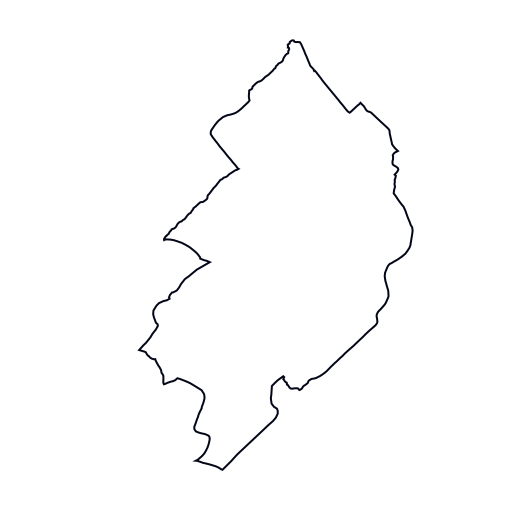 outline of Banteay Meas, Kâmpôt, Cambodia, rotated 227°
{"feature_id": "14789045B96186957930453", "entity_name": "Banteay Meas", "entity_type": "district", "adm_level": 2, "iso_a3": "KHM", "parent_name": "Cambodia", "parent_adm1": "Kâmpôt", "projection": "robinson", "projection_center": [104.619, 10.653], "detail": "fine", "context": "isolated", "style": "outline", "palette": "ink", "viewbox_px": 512, "rotation_deg": 227, "n_neighbors": 0, "source": "geoboundaries", "source_scale": "gbopen_adm2", "svg_char_len": 6122}
<svg xmlns="http://www.w3.org/2000/svg" viewBox="0 0 512 512"><g transform="rotate(227 256 256)"><path d="M147.3,72.4L146.3,73.3L143.8,74.7L141.0,76.1L138.5,77.8L135.1,80.0L131.5,82.1L129.1,83.4L127.4,84.1L125.4,84.7L123.8,85.1L122.5,85.7L122.9,97.9L123.6,105.9L123.7,111.8L123.8,139.2L123.9,149.8L123.7,155.7L124.2,160.2L125.9,164.4L127.8,166.2L130.0,167.2L133.5,166.3L137.4,166.7L141.8,169.8L144.1,172.6L150.1,179.0L150.3,184.1L150.3,187.3L149.5,193.9L148.2,194.0L147.8,192.9L147.2,191.9L146.3,192.0L145.2,191.7L144.2,191.6L143.2,191.7L142.4,192.1L141.8,191.7L140.8,190.9L139.8,191.3L137.0,190.8L135.7,190.9L134.6,191.6L133.8,192.6L132.7,194.3L131.9,195.1L131.3,195.8L130.6,196.3L129.7,196.4L128.4,196.3L128.0,197.2L127.9,198.2L127.7,199.2L128.1,200.2L128.4,201.7L128.4,202.7L128.1,203.9L127.8,207.1L128.7,209.0L128.8,210.1L128.2,212.8L126.4,215.5L125.8,216.8L124.6,220.7L124.0,224.1L123.6,228.2L123.6,229.7L123.9,235.6L124.0,240.7L123.9,242.6L124.0,247.6L123.9,250.9L124.1,254.9L124.0,260.9L123.8,265.5L123.9,274.0L123.9,278.7L124.1,283.3L124.1,288.1L123.8,296.3L124.4,298.9L125.2,300.0L127.3,301.6L129.7,303.1L130.9,304.5L131.9,307.1L132.1,310.2L132.2,312.4L132.7,317.0L133.2,318.9L134.9,323.0L136.1,325.4L138.3,327.3L140.7,329.2L143.8,330.7L145.9,331.8L149.8,333.8L153.5,336.4L155.6,338.8L156.8,341.3L158.2,344.3L158.8,346.2L159.0,348.4L158.4,350.1L157.8,353.1L156.8,357.2L156.1,362.1L155.8,366.8L156.6,370.9L157.4,373.9L158.4,376.0L160.8,379.1L165.2,384.8L167.6,387.7L170.3,389.7L173.1,390.3L176.6,391.8L179.7,392.9L183.3,394.4L187.1,396.1L191.7,397.6L193.8,397.6L199.4,398.2L204.7,399.1L207.9,399.4L209.9,401.8L212.0,405.1L213.1,405.6L214.4,406.6L215.6,408.2L217.0,409.2L217.5,410.3L218.4,411.7L219.3,413.0L221.0,412.9L221.1,415.3L221.4,417.1L222.1,419.0L223.3,419.7L225.5,419.5L228.7,418.5L230.2,418.7L230.9,419.2L232.2,420.5L233.2,422.0L234.2,423.1L235.3,424.1L236.5,424.8L237.0,426.9L236.9,428.3L236.2,430.6L236.0,431.4L238.1,431.2L240.5,431.2L243.1,431.4L245.1,431.8L246.7,432.9L247.9,433.5L254.6,437.5L256.2,438.8L257.3,439.4L259.2,439.6L268.0,438.9L277.5,438.3L282.3,438.0L283.7,437.5L284.8,436.8L286.1,436.2L287.9,436.2L288.9,436.4L292.3,437.1L293.6,436.9L295.8,436.9L296.8,436.9L296.6,435.0L296.8,432.6L296.8,430.2L296.8,427.7L296.8,425.6L296.8,423.6L296.9,422.3L299.0,421.7L301.6,421.8L307.7,422.3L310.9,422.4L314.0,422.7L335.5,424.0L339.2,424.3L341.9,424.7L344.6,424.9L346.6,425.1L349.5,425.4L351.4,425.4L351.6,424.7L353.7,425.5L355.6,425.4L357.6,425.4L358.7,425.6L360.2,426.3L362.3,427.0L367.2,428.9L370.5,430.0L373.2,431.1L380.1,433.5L382.5,433.9L383.1,433.2L384.0,432.6L384.8,431.5L385.5,430.8L386.7,430.2L387.7,430.6L388.6,430.1L389.1,429.3L389.3,428.2L389.5,426.7L389.0,426.2L388.5,425.3L388.9,424.3L388.8,423.2L387.6,422.5L386.8,421.5L386.3,422.0L385.4,421.9L384.4,421.0L384.1,419.9L383.5,419.0L382.7,418.3L382.3,417.7L382.8,416.2L382.8,414.8L382.6,413.7L382.2,412.1L381.9,411.2L381.3,410.0L380.5,408.4L380.5,406.9L380.9,405.2L381.3,404.1L381.4,403.3L381.1,402.3L381.2,400.2L380.2,398.2L380.5,397.1L380.3,395.7L380.1,394.6L380.1,391.6L380.0,389.6L380.1,388.4L380.7,384.5L380.5,382.1L380.6,379.8L380.9,378.4L381.8,376.6L382.1,375.4L382.2,374.6L382.3,372.7L382.2,371.7L382.2,369.0L381.6,368.3L381.1,367.3L381.0,366.4L381.6,364.8L381.7,363.9L380.1,362.3L379.0,361.0L378.2,360.2L376.9,359.0L375.6,358.2L374.2,357.4L374.0,356.4L373.8,354.9L373.8,351.0L373.8,348.5L373.7,346.5L373.9,343.0L374.2,340.4L374.6,338.7L375.1,337.4L375.7,336.0L376.7,334.0L377.6,332.5L378.4,331.2L379.1,329.6L379.5,328.3L380.0,327.0L380.2,325.9L380.3,323.6L380.5,321.9L380.4,319.2L380.1,317.1L379.8,315.1L379.1,312.0L378.9,311.1L378.5,309.3L378.0,308.1L376.5,306.4L375.9,306.0L375.1,305.8L372.3,305.3L367.0,304.8L365.1,304.7L360.9,304.2L354.4,303.9L348.4,303.4L345.8,303.3L343.0,303.2L339.8,302.9L337.2,302.9L335.5,302.8L332.7,302.4L331.6,302.7L331.8,301.7L332.1,300.7L332.8,299.3L333.2,297.1L334.0,292.5L334.1,291.3L333.9,289.7L334.1,288.5L334.7,287.0L335.3,285.8L335.4,284.8L335.2,283.7L335.8,282.4L335.9,281.4L335.5,279.5L335.3,277.6L334.8,275.1L334.7,273.9L334.6,271.1L334.1,268.8L333.9,267.2L333.6,265.8L333.3,263.6L333.3,262.5L332.8,261.4L331.4,259.7L331.1,258.7L331.3,256.8L331.6,254.5L332.2,253.3L332.9,252.6L333.3,251.7L333.4,249.0L333.3,248.1L333.4,247.0L333.3,246.0L333.6,242.8L333.1,241.9L332.9,241.1L332.8,240.1L332.1,237.5L332.5,236.2L332.6,234.9L332.3,232.5L332.0,231.1L331.7,229.6L331.7,228.5L332.1,227.3L332.1,226.3L332.1,225.1L332.8,223.8L333.0,222.5L333.0,220.9L332.7,219.8L332.4,218.9L332.0,217.8L331.8,216.6L332.1,214.4L332.8,213.4L333.0,212.4L332.6,211.2L332.6,209.9L332.4,208.7L331.8,207.5L331.9,206.0L331.9,205.0L331.7,204.2L332.0,203.4L331.7,202.6L331.5,201.5L331.2,200.4L330.3,199.7L329.8,201.1L328.5,202.6L326.0,204.9L323.9,206.5L321.5,207.9L318.3,209.6L316.4,210.6L312.9,211.9L307.7,213.5L302.0,214.3L299.2,214.6L296.4,214.6L295.5,214.4L294.1,214.3L293.2,214.2L292.1,213.4L288.1,215.3L286.4,216.5L283.0,218.0L286.4,203.4L287.0,193.1L287.6,188.3L286.7,182.3L285.4,178.2L284.8,174.5L285.8,170.8L286.6,169.7L286.2,166.6L285.2,164.3L283.7,163.7L284.4,160.6L286.2,157.5L287.7,152.9L287.6,149.5L286.1,143.9L283.6,141.1L280.7,139.5L275.4,137.3L273.3,137.5L271.8,136.6L270.5,132.5L269.7,127.3L268.5,123.1L267.5,116.2L267.5,113.0L266.9,106.4L263.3,108.5L262.5,109.0L260.7,109.8L259.2,109.3L257.1,109.0L256.1,109.3L253.9,109.3L251.9,109.8L251.2,110.3L250.1,110.9L249.3,112.0L248.5,111.5L246.6,110.9L242.7,109.9L240.0,109.5L237.2,108.7L234.9,107.2L233.4,107.1L231.5,106.5L229.1,104.3L226.7,101.9L225.0,101.2L224.5,102.1L223.6,104.8L222.3,107.8L221.1,109.9L220.3,112.0L220.2,115.1L219.6,115.5L217.8,116.6L211.3,119.7L207.6,121.2L202.6,122.6L198.7,123.7L195.0,124.7L190.6,123.9L189.1,123.0L187.7,121.9L186.6,120.7L184.6,117.5L183.0,114.3L182.2,112.9L181.6,112.3L181.4,111.6L180.6,109.4L179.6,106.8L178.7,105.1L177.9,103.9L177.2,102.3L176.4,100.7L175.1,98.3L173.1,94.3L171.3,92.8L168.7,92.4L166.3,93.5L163.7,95.0L160.8,97.1L157.8,98.5L156.2,98.8L155.1,98.4L153.5,97.1L151.9,94.9L150.3,92.4L149.0,89.9L147.7,86.5L146.8,83.4L146.5,79.7L146.7,74.5L147.3,72.4Z" fill="none" stroke="#020617" stroke-width="2"/></g></svg>